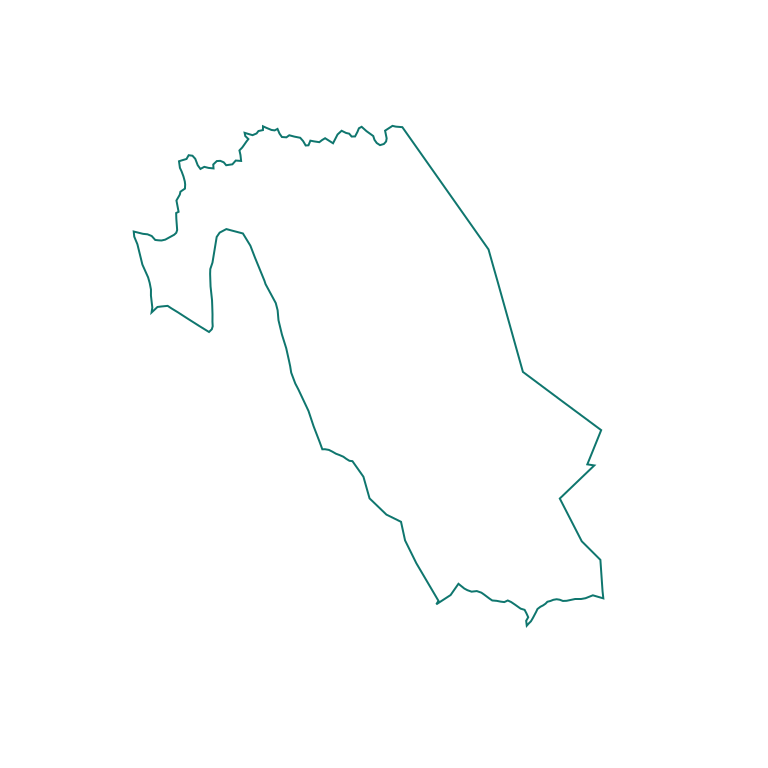 outline of Lagoa do Barro do Piauí, Piauí, Brazil, rotated 149°
{"feature_id": "56859067B46561625908849", "entity_name": "Lagoa do Barro do Piauí", "entity_type": "district", "adm_level": 2, "iso_a3": "BRA", "parent_name": "Brazil", "parent_adm1": "Piauí", "projection": "equal_earth", "projection_center": [-41.549, -8.553], "detail": "fine", "context": "isolated", "style": "outline", "palette": "teal", "viewbox_px": 768, "rotation_deg": 149, "n_neighbors": 0, "source": "geoboundaries", "source_scale": "gbopen_adm2", "svg_char_len": 2825}
<svg xmlns="http://www.w3.org/2000/svg" viewBox="0 0 768 768"><g transform="rotate(149 384 384)"><path d="M245.7,205.9L251.1,210.4L241.5,217.6L221.6,232.6L240.9,279.3L258.7,322.8L233.9,413.1L229.4,429.8L225.1,445.5L236.0,594.7L241.4,598.6L243.8,600.9L252.6,600.6L255.2,593.2L257.3,590.8L260.5,589.8L264.4,590.8L266.1,594.3L266.4,598.2L265.5,602.1L268.8,609.8L270.7,616.0L273.8,616.1L276.9,613.8L281.3,611.1L284.3,612.8L284.9,616.5L287.2,618.7L289.9,622.9L295.3,621.8L303.7,616.6L307.9,625.0L311.3,625.0L314.9,624.6L319.0,628.0L321.8,630.5L325.8,627.5L328.3,628.8L328.2,633.8L329.0,638.2L333.4,642.2L337.1,646.0L340.6,645.7L344.3,648.3L344.6,652.5L343.9,657.5L347.1,657.7L349.6,659.7L353.0,664.3L355.0,667.2L357.0,664.0L361.3,665.5L364.2,664.4L368.5,665.0L371.3,668.0L374.1,671.1L375.2,668.0L374.1,663.8L377.0,662.7L381.0,660.9L383.8,659.7L387.6,658.7L389.1,654.2L391.6,648.8L396.0,651.9L400.8,650.4L406.6,652.8L407.2,656.6L409.4,659.6L412.5,661.2L417.3,660.1L419.1,656.6L423.1,659.6L426.2,662.7L430.6,662.9L431.0,667.5L429.8,674.2L430.6,678.3L433.6,680.7L437.4,678.6L442.4,679.9L445.0,680.5L447.6,674.4L448.0,670.5L449.0,665.2L450.4,660.3L451.7,657.4L454.0,654.0L459.4,653.7L461.5,651.5L463.8,650.2L467.4,648.2L471.4,637.4L474.1,637.6L476.9,632.6L482.0,622.5L484.2,620.6L487.0,620.0L497.1,620.4L500.8,621.6L503.3,623.3L505.9,625.3L506.9,630.5L509.6,634.1L513.3,636.9L520.0,643.6L522.2,638.9L523.4,630.8L529.6,610.8L531.3,596.8L532.8,591.3L535.1,585.0L538.2,579.9L543.2,568.9L546.4,565.0L538.5,566.7L535.1,565.2L529.2,562.4L527.3,558.4L523.9,551.9L518.5,540.9L512.5,528.9L507.2,518.7L503.4,519.6L501.1,521.7L499.0,525.7L495.2,531.9L491.0,539.4L488.3,544.3L485.0,551.4L482.4,557.0L478.2,564.6L476.3,568.0L473.7,572.0L468.5,576.4L451.7,596.2L446.9,598.4L439.4,598.0L427.4,585.7L427.3,571.4L429.5,558.8L433.3,534.1L434.1,530.6L435.1,509.1L437.2,502.0L441.6,493.0L446.0,479.0L449.4,465.0L453.4,453.0L455.3,447.5L457.7,441.5L459.8,430.1L460.2,423.5L461.4,411.6L462.6,399.8L466.1,384.1L468.9,368.1L470.5,359.8L468.2,358.5L465.2,355.9L463.1,352.6L461.1,349.0L458.8,346.1L456.3,342.6L454.9,339.3L453.2,336.0L450.8,334.1L449.4,315.1L455.3,293.4L449.2,270.8L440.4,257.1L446.5,239.1L448.6,213.7L449.0,170.1L452.6,168.2L435.6,168.8L423.1,174.4L420.5,167.3L418.7,164.3L415.9,160.9L411.1,158.7L408.0,155.0L406.7,152.1L404.1,145.7L402.7,142.7L399.1,140.1L396.0,137.3L393.2,135.1L389.4,134.7L387.3,131.6L385.3,127.3L382.6,121.1L379.8,118.0L380.0,114.3L380.5,109.8L384.1,107.8L386.1,103.3L383.2,104.2L380.3,104.9L376.8,106.8L371.0,110.3L368.3,112.1L364.6,112.5L361.7,112.3L358.7,112.5L356.1,113.2L353.1,112.3L350.0,111.8L346.9,110.6L344.5,108.6L342.4,105.9L339.1,104.1L331.0,101.3L325.8,98.2L321.6,96.6L313.8,95.3L306.4,87.3L303.4,93.8L289.1,121.8L295.5,147.3L292.3,195.3L245.7,205.9Z" fill="none" stroke="#0f766e" stroke-width="2"/></g></svg>